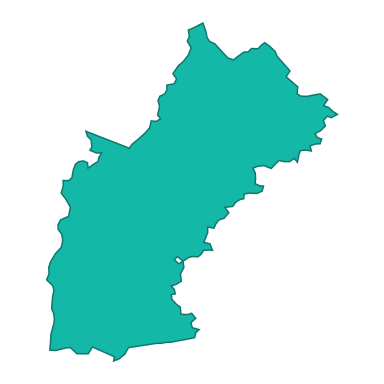 the district of Cafelândia, Paraná, Brazil
{"feature_id": "56859067B49774660702068", "entity_name": "Cafelândia", "entity_type": "district", "adm_level": 2, "iso_a3": "BRA", "parent_name": "Brazil", "parent_adm1": "Paraná", "projection": "albers", "projection_center": [-53.352, -24.69], "detail": "fine", "context": "isolated", "style": "filled", "palette": "teal", "viewbox_px": 384, "rotation_deg": 0, "n_neighbors": 0, "source": "geoboundaries", "source_scale": "gbopen_adm2", "svg_char_len": 2429}
<svg xmlns="http://www.w3.org/2000/svg" viewBox="0 0 384 384"><path d="M327.7,99.6L320.2,93.9L314.4,94.9L306.6,96.4L300.7,96.1L297.0,93.7L297.8,86.9L286.1,76.8L290.0,70.9L277.1,56.3L275.2,51.5L269.7,46.3L264.8,42.7L261.5,45.1L258.0,48.8L251.5,48.5L248.0,52.0L244.0,52.0L237.2,56.9L233.6,59.9L227.9,58.0L214.8,43.8L209.7,41.5L207.2,37.9L205.5,30.1L202.9,23.0L194.1,27.6L188.3,30.1L189.4,36.4L187.3,41.3L191.1,47.8L188.3,55.1L183.2,61.6L178.4,65.7L172.9,73.7L176.6,78.8L174.2,83.8L166.9,85.1L167.0,89.8L164.7,93.9L159.8,96.3L158.0,100.6L159.6,106.3L157.6,115.1L160.6,118.7L156.3,121.4L151.2,120.9L149.6,127.9L144.8,133.3L137.7,139.7L132.1,144.2L129.3,148.2L85.9,131.3L87.5,136.3L91.0,139.7L91.9,146.9L89.9,150.3L96.5,153.0L101.6,152.9L99.1,157.0L97.9,161.6L93.0,164.6L88.0,168.1L87.5,162.7L83.4,160.9L78.5,161.7L75.4,164.3L73.3,169.9L71.9,177.8L68.6,180.6L63.1,180.5L63.3,185.9L61.2,193.0L66.2,199.7L70.3,207.2L68.7,216.3L60.7,219.8L58.0,224.7L58.2,229.4L61.7,234.2L62.7,240.2L61.3,247.3L55.5,253.6L50.4,262.1L48.8,267.4L49.0,273.9L46.6,279.8L52.9,285.9L53.9,290.4L52.5,297.5L51.7,308.9L53.6,313.2L54.4,318.5L54.0,323.1L50.9,334.4L50.6,341.1L49.8,350.1L55.7,350.5L66.1,347.9L70.3,347.6L76.9,353.7L88.2,353.8L92.4,347.0L114.5,356.8L113.6,361.0L119.3,358.7L124.8,354.2L128.5,347.6L156.1,343.4L161.1,343.3L166.0,342.4L170.9,342.2L194.6,337.7L195.9,332.5L199.2,329.6L192.2,327.7L191.0,322.6L195.7,318.3L191.6,313.3L187.3,314.6L180.9,314.2L180.3,307.1L176.2,304.1L171.9,299.3L171.3,294.6L175.2,293.9L174.4,289.6L171.1,285.8L175.8,284.5L181.4,281.1L180.4,274.0L183.9,267.5L183.0,261.2L189.1,257.2L193.2,256.5L197.8,256.9L201.0,254.4L203.5,250.4L208.6,250.0L212.5,250.4L210.0,243.9L203.9,242.3L207.7,232.6L207.6,226.9L213.9,228.2L215.7,224.2L218.8,220.0L224.3,218.1L228.8,212.7L224.8,207.3L228.7,206.9L232.8,206.4L235.6,202.3L239.9,199.6L243.8,198.7L244.1,194.1L249.2,193.1L256.8,193.5L262.1,191.1L263.5,186.1L259.6,185.7L255.1,183.7L255.6,178.4L255.3,173.1L252.9,168.1L257.8,166.3L263.9,165.6L271.2,168.5L274.7,164.7L279.1,160.4L283.6,161.6L289.5,161.7L294.3,158.4L297.4,162.3L298.8,155.1L300.4,150.5L306.4,150.2L311.3,151.0L310.1,145.8L315.4,144.0L320.1,143.8L321.7,139.0L317.3,137.5L315.0,133.6L320.3,130.9L325.4,126.0L323.4,120.6L327.3,116.1L331.2,117.7L337.4,114.4L332.7,111.3L328.7,107.5L323.6,105.6L327.7,99.6ZM183.0,261.2L178.8,263.9L174.4,259.7L177.4,256.5L183.0,261.2Z" fill="#14b8a6" stroke="#0f766e" stroke-width="1.5"/></svg>